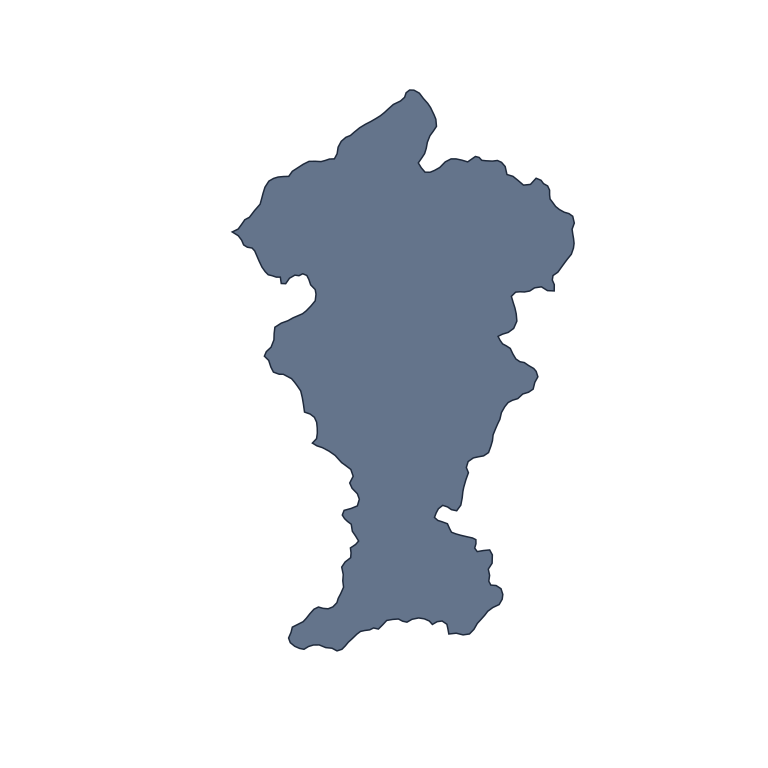 Felisburgo, Minas Gerais, Brazil (Robinson projection), rotated 28°
{"feature_id": "56859067B92479640908697", "entity_name": "Felisburgo", "entity_type": "district", "adm_level": 2, "iso_a3": "BRA", "parent_name": "Brazil", "parent_adm1": "Minas Gerais", "projection": "robinson", "projection_center": [-40.724, -16.662], "detail": "fine", "context": "isolated", "style": "filled", "palette": "slate", "viewbox_px": 768, "rotation_deg": 28, "n_neighbors": 0, "source": "geoboundaries", "source_scale": "gbopen_adm2", "svg_char_len": 4370}
<svg xmlns="http://www.w3.org/2000/svg" viewBox="0 0 768 768"><g transform="rotate(28 384 384)"><path d="M576.8,564.6L578.6,558.4L578.8,551.6L580.2,546.2L581.5,540.9L582.3,536.0L585.0,530.3L589.2,524.7L589.4,518.5L587.7,514.0L583.4,509.8L577.6,509.3L572.7,511.4L569.1,508.9L567.1,503.4L563.0,498.5L563.6,491.5L559.9,484.0L555.2,480.9L549.9,484.4L545.0,488.2L541.1,486.3L540.2,481.9L538.2,478.3L534.4,478.4L529.0,479.9L522.5,481.6L517.8,482.6L513.2,483.2L509.8,480.9L505.6,477.6L499.8,478.4L495.5,479.2L491.2,478.1L490.6,473.4L490.6,468.6L492.8,463.6L497.8,462.7L502.5,463.3L507.7,461.8L508.7,454.9L506.5,447.8L504.2,442.1L502.9,437.8L501.3,430.3L500.2,422.7L495.9,419.1L494.7,413.0L497.6,407.3L501.5,404.0L505.7,400.7L508.5,395.5L507.5,388.4L506.4,383.2L504.2,377.7L503.5,370.9L503.1,365.9L502.9,360.8L501.1,354.1L501.3,347.3L502.3,342.1L505.0,338.1L509.0,334.1L511.2,327.7L515.5,323.4L518.1,318.5L516.4,311.8L516.5,305.4L512.4,301.4L508.9,300.0L503.1,299.8L497.8,299.2L493.6,300.5L488.7,300.0L483.6,296.9L478.8,293.3L474.1,292.9L469.9,292.9L466.1,291.0L462.3,288.4L465.2,284.4L469.5,280.1L472.4,274.0L471.8,266.1L467.9,260.1L464.0,255.5L459.9,251.5L455.3,246.8L457.1,241.1L460.8,238.7L464.8,236.8L469.0,233.5L471.8,228.4L477.4,224.3L484.5,224.8L490.6,221.9L487.7,216.3L483.8,213.2L482.3,208.9L485.0,203.7L486.0,196.4L486.6,192.1L487.3,187.6L488.5,181.5L487.5,175.1L485.8,170.6L483.1,166.6L480.3,163.0L477.4,159.0L476.5,152.6L471.9,147.3L467.3,146.7L462.5,147.7L456.9,147.6L452.2,146.7L447.9,144.6L443.8,142.7L441.5,139.4L439.2,135.1L435.5,132.3L430.8,132.2L427.0,130.4L421.7,130.9L419.6,139.0L413.8,142.9L406.6,141.3L400.4,140.1L394.2,141.3L388.9,135.1L383.7,133.1L379.2,133.4L375.1,136.3L369.3,139.0L365.3,140.6L361.6,139.3L357.9,140.2L356.0,143.9L353.6,148.6L347.6,149.8L342.0,151.4L337.5,153.8L333.8,159.1L331.6,166.6L328.4,171.6L325.3,175.4L320.8,177.7L315.4,175.6L310.5,172.7L311.3,165.9L311.7,161.5L310.7,156.2L308.8,150.2L308.0,143.2L308.8,137.8L309.4,131.9L305.5,125.9L301.8,122.8L298.5,120.4L295.4,118.1L290.9,115.7L284.7,113.4L278.7,110.6L272.5,110.5L268.6,112.4L266.8,116.4L267.6,121.2L265.7,126.4L261.0,132.8L258.6,139.3L257.0,143.9L254.9,148.8L252.3,153.3L249.2,158.3L245.7,163.3L242.2,169.2L239.5,175.6L237.7,180.3L234.5,184.1L232.3,189.8L232.3,196.4L234.5,202.7L234.5,208.5L230.2,211.0L227.1,214.3L224.0,217.2L219.0,219.5L213.3,222.6L209.5,227.9L206.5,233.3L203.2,239.2L202.4,245.4L198.0,247.9L193.3,251.0L190.0,254.3L187.1,258.9L186.5,266.1L187.7,272.5L188.8,277.1L190.2,283.4L188.3,291.5L186.9,300.0L184.0,304.2L183.3,310.2L182.5,315.6L178.6,321.0L185.7,321.5L190.7,323.8L194.8,327.1L199.1,327.4L203.6,325.9L207.4,327.2L211.5,330.5L216.0,334.1L221.4,338.1L226.4,340.6L230.5,341.9L234.4,340.9L238.7,340.2L242.3,338.3L246.1,343.5L250.1,341.6L250.9,335.0L254.2,329.7L258.1,328.3L260.5,324.8L264.9,324.4L268.6,327.0L272.7,330.9L278.9,332.9L281.8,336.6L284.2,342.8L282.8,349.6L280.9,356.1L279.1,360.2L275.6,364.6L272.6,368.3L269.4,373.3L264.7,378.5L261.0,385.1L263.3,391.0L266.1,396.7L267.0,404.5L264.9,410.6L265.3,415.6L271.1,417.3L276.2,422.2L280.8,425.4L286.8,424.6L290.5,422.7L294.4,422.7L299.9,422.7L304.2,424.4L308.2,426.3L313.7,429.2L318.2,434.3L322.5,439.9L327.0,446.1L332.9,445.2L338.2,446.1L342.5,449.4L345.7,454.2L348.2,458.7L350.1,463.9L348.5,469.8L353.8,470.1L359.5,469.1L367.0,469.1L374.4,470.0L379.6,471.9L383.5,473.3L388.5,474.0L394.8,475.0L400.1,479.9L400.2,487.5L404.8,491.1L412.0,493.4L416.3,497.3L417.7,504.1L413.4,509.3L408.1,514.3L408.7,519.3L412.4,521.4L416.3,522.5L420.9,523.2L425.2,528.9L430.5,531.7L435.3,534.6L434.3,538.9L431.3,544.5L434.2,548.6L436.1,553.0L433.2,559.4L432.6,565.5L437.5,571.4L440.0,577.1L443.7,582.4L444.2,589.7L444.2,594.7L445.1,599.2L443.5,604.8L440.2,608.7L435.5,610.7L430.8,611.7L427.9,615.7L426.4,621.7L425.4,627.3L424.2,631.8L420.4,637.2L417.2,641.7L418.5,646.9L419.0,653.1L422.7,656.4L428.3,657.5L433.6,657.1L437.9,655.8L440.6,651.2L444.2,647.6L449.3,644.8L456.3,644.1L462.1,641.7L467.8,641.7L471.4,638.0L472.8,633.3L473.7,628.8L475.5,623.8L477.5,617.6L479.4,613.5L482.7,610.7L486.8,607.8L489.3,604.3L494.1,603.0L495.9,597.2L497.4,591.5L502.3,587.7L507.1,584.7L511.8,584.7L516.1,583.5L519.2,578.6L524.4,574.3L529.9,572.4L535.3,572.0L539.6,573.6L542.5,568.9L546.6,566.0L552.3,566.6L555.3,570.1L558.6,574.3L564.8,570.1L571.6,568.4L576.8,564.6Z" fill="#64748b" stroke="#1e293b" stroke-width="1.5"/></g></svg>